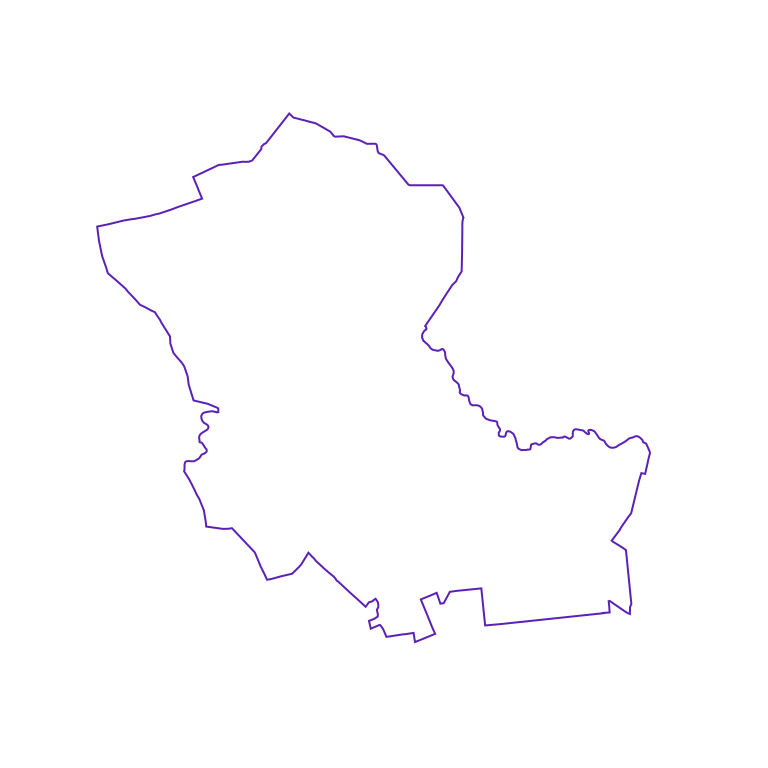 outline of Neretas pag., Neretas, Latvia, rotated 165°
{"feature_id": "27541924B20446545182610", "entity_name": "Neretas pag.", "entity_type": "district", "adm_level": 2, "iso_a3": "LVA", "parent_name": "Latvia", "parent_adm1": "Neretas", "projection": "albers", "projection_center": [25.295, 56.219], "detail": "fine", "context": "isolated", "style": "outline", "palette": "violet", "viewbox_px": 768, "rotation_deg": 165, "n_neighbors": 0, "source": "geoboundaries", "source_scale": "gbopen_adm2", "svg_char_len": 6164}
<svg xmlns="http://www.w3.org/2000/svg" viewBox="0 0 768 768"><g transform="rotate(165 384 384)"><path d="M599.7,351.5L596.8,342.1L595.0,333.8L593.4,325.1L592.2,320.9L590.7,308.6L591.8,297.3L592.6,292.3L577.0,285.7L571.5,284.4L568.2,284.1L552.4,254.8L551.4,247.8L550.4,240.0L548.7,231.4L547.6,225.2L543.4,224.8L533.5,224.9L521.9,224.5L512.4,229.9L510.2,231.5L500.7,240.6L497.8,235.2L497.1,234.3L495.4,230.5L492.1,225.3L491.7,224.5L490.7,223.3L490.5,222.5L486.3,216.4L482.5,211.1L481.3,208.7L480.6,206.4L478.9,204.4L478.6,203.7L470.1,190.2L466.8,185.2L459.4,173.6L455.1,177.0L454.3,177.1L452.9,177.0L450.5,177.5L449.7,178.1L447.7,178.7L446.4,174.8L446.4,174.0L447.1,170.2L447.4,169.8L449.4,167.6L449.5,163.3L450.2,161.2L450.5,160.9L454.6,159.6L459.8,159.1L460.1,151.1L450.8,152.4L450.4,152.3L450.1,152.1L448.7,148.9L448.2,147.1L447.1,139.1L429.8,137.2L429.6,137.0L419.9,135.9L420.8,126.7L399.3,129.4L400.4,136.4L402.1,150.3L404.2,166.4L392.2,167.9L387.2,168.7L386.7,162.1L386.4,157.2L383.0,156.9L374.2,166.2L367.5,165.4L342.9,161.4L348.8,124.6L334.0,122.0L231.3,105.8L231.4,106.1L225.2,104.9L223.9,111.5L223.2,116.1L222.2,116.1L209.9,101.7L207.6,99.4L206.0,98.2L204.8,102.4L204.0,105.0L202.0,107.5L193.3,160.9L195.5,163.7L203.5,172.2L204.6,173.8L193.6,182.4L193.6,182.7L191.1,185.0L182.4,192.4L178.7,195.2L162.7,224.5L158.5,231.3L155.0,229.6L148.0,243.0L144.9,248.6L144.9,250.5L145.5,254.4L146.0,257.1L146.1,258.2L146.4,258.8L147.3,259.5L148.6,260.6L148.7,261.3L149.0,263.2L150.3,265.5L151.6,267.1L152.9,268.0L153.8,268.3L155.0,268.4L157.8,267.9L159.5,268.1L160.8,268.1L166.3,265.9L170.0,264.9L173.3,264.2L174.2,263.7L176.1,263.1L178.3,263.0L179.6,263.2L181.6,263.9L182.8,265.0L183.5,265.8L185.0,268.4L185.3,269.3L185.7,271.1L185.9,271.8L186.3,272.4L188.0,273.7L188.8,274.3L189.3,274.7L189.8,275.4L190.4,276.6L191.0,278.6L192.7,283.2L193.0,283.8L195.2,285.7L196.6,286.3L198.0,286.5L198.5,286.3L198.8,285.7L198.8,284.6L198.7,283.3L199.0,282.7L199.5,282.6L200.3,283.0L200.8,283.4L202.5,285.7L203.3,287.1L203.7,287.5L207.7,289.5L210.4,290.7L211.1,290.7L212.5,290.4L213.4,289.6L213.9,288.9L214.2,288.3L215.0,285.2L215.2,284.8L215.7,284.3L216.4,283.9L218.1,283.1L218.7,283.1L219.4,283.3L221.9,285.7L223.0,286.4L223.7,286.6L224.2,286.5L225.0,286.0L225.7,286.1L225.9,286.3L229.1,286.7L230.8,287.3L231.4,287.4L232.3,288.1L233.9,288.7L235.6,289.2L237.2,289.4L241.1,288.5L242.2,287.6L246.1,286.3L247.7,285.3L249.2,285.0L249.7,285.1L250.7,285.5L251.1,285.8L252.1,287.1L252.9,287.4L253.8,287.6L256.9,287.6L257.6,287.3L257.9,286.7L259.1,283.9L259.6,283.2L260.4,283.0L262.3,283.5L263.8,283.5L268.5,284.6L270.6,286.5L270.9,286.9L271.4,288.1L271.4,288.9L271.1,292.5L271.2,295.7L271.1,297.8L271.6,300.4L271.7,301.4L272.0,302.2L272.6,303.2L274.4,305.3L275.8,306.1L276.4,306.3L277.6,306.3L278.0,306.0L279.1,304.6L279.9,302.8L280.5,302.3L281.3,302.0L281.7,302.0L285.0,303.1L285.6,303.5L286.1,304.1L286.3,304.4L286.3,305.0L286.1,306.0L285.8,307.3L284.9,308.0L283.9,309.1L283.7,310.1L283.7,310.5L284.9,314.6L285.0,315.2L284.9,315.7L284.6,317.3L284.7,318.2L285.3,318.8L286.5,319.5L290.3,321.2L291.5,321.9L294.0,323.7L294.5,324.1L296.2,327.6L296.4,328.2L296.2,329.1L295.9,330.1L295.7,331.5L295.8,332.8L295.6,334.7L296.5,336.7L297.4,338.0L298.3,338.6L300.2,339.6L303.7,340.4L305.4,341.7L305.6,342.1L306.0,344.8L306.0,346.6L305.7,349.0L305.7,349.7L306.1,350.9L307.0,351.6L309.0,352.0L310.1,352.6L312.1,354.2L313.0,355.7L313.1,356.2L312.2,358.1L312.1,359.4L312.2,360.4L312.0,364.2L312.3,365.1L313.4,366.9L315.5,369.7L315.9,370.9L316.0,371.4L316.0,372.5L315.8,373.6L314.3,375.8L313.6,377.2L313.4,378.3L313.4,379.9L314.0,382.2L316.2,387.8L317.4,391.4L317.6,392.3L317.6,393.6L317.5,395.6L317.0,397.6L316.9,398.8L317.0,399.8L317.6,401.7L318.2,402.5L318.7,402.8L319.2,402.8L320.7,402.3L321.5,402.1L322.5,402.1L323.6,402.2L327.2,404.0L328.3,404.7L329.3,405.8L329.7,406.4L330.8,409.4L332.1,411.7L333.1,413.0L334.2,414.9L334.7,415.3L335.0,417.2L335.0,417.9L335.2,419.1L334.9,419.6L334.7,420.8L334.1,422.2L331.5,424.8L329.8,425.6L329.4,426.0L329.2,425.8L328.7,426.3L328.6,427.3L328.7,428.4L329.3,429.3L310.0,445.8L306.4,449.4L301.3,454.1L292.4,462.0L287.7,464.6L284.6,468.4L279.9,472.6L275.2,488.5L267.6,515.6L267.5,516.3L266.3,520.2L264.5,524.1L264.2,524.2L265.6,534.8L275.3,559.8L275.7,560.6L276.7,561.0L307.2,569.2L308.1,569.6L309.0,570.6L324.5,604.4L325.2,605.3L329.0,608.1L329.4,608.7L329.8,610.5L329.8,611.0L329.2,616.3L329.2,616.9L329.4,617.5L329.8,618.0L330.4,618.4L338.3,620.4L343.8,625.2L344.8,625.9L358.8,633.7L367.0,635.5L368.0,636.1L368.5,637.1L370.1,640.7L370.6,641.7L382.4,653.4L402.5,664.8L402.7,665.0L405.5,669.8L435.4,647.3L437.4,646.8L438.1,646.7L438.9,646.1L440.8,645.1L441.1,644.6L441.6,642.9L442.0,642.5L453.2,634.2L453.6,634.0L457.3,633.7L463.2,635.3L483.9,637.8L486.8,638.4L514.8,633.3L513.1,621.3L513.0,619.8L511.7,610.1L537.3,608.3L543.7,607.6L556.8,606.8L560.4,607.0L567.1,606.9L581.5,608.0L585.9,608.6L593.3,609.3L608.5,609.6L620.3,610.3L621.8,599.4L621.9,598.0L622.2,596.7L623.0,583.3L623.1,579.6L622.2,568.0L622.1,562.6L621.0,560.9L615.5,552.9L609.0,543.0L607.1,538.7L605.8,536.5L601.5,528.4L599.2,523.7L595.3,520.4L589.1,514.6L586.7,512.7L585.7,509.3L583.8,504.1L583.1,500.6L578.4,485.4L579.9,478.2L579.4,468.6L577.1,463.5L575.0,459.4L573.5,456.1L572.5,453.0L572.3,451.3L571.7,442.0L572.8,434.1L572.2,417.4L559.4,410.5L550.7,403.8L550.5,402.9L551.2,400.4L551.3,399.7L552.7,399.8L553.7,400.6L554.5,400.8L555.4,401.4L556.5,402.0L558.3,402.4L562.9,402.9L565.3,402.9L566.3,402.7L567.5,401.9L568.6,400.7L568.9,400.0L569.3,397.6L569.0,395.4L568.6,394.5L567.9,393.0L565.8,391.0L564.8,389.4L564.6,388.4L564.7,387.9L565.0,387.2L565.8,386.2L566.4,385.7L572.4,383.9L574.0,383.2L575.1,382.4L575.7,381.6L576.4,380.4L576.7,378.6L576.6,377.6L577.0,376.9L577.1,376.3L577.2,375.7L576.9,375.3L575.9,374.9L575.1,374.3L573.9,371.0L573.6,369.6L572.4,366.8L572.4,366.1L572.6,365.1L573.0,364.5L573.6,364.1L575.2,363.5L576.1,363.3L577.4,363.2L578.4,362.9L579.3,362.3L581.1,360.5L581.7,360.1L585.3,359.0L587.3,358.6L588.6,358.8L591.0,359.5L592.3,360.1L594.9,360.5L595.6,360.3L596.4,359.8L597.5,357.8L598.8,353.1L599.2,352.2L599.7,351.5Z" fill="none" stroke="#5b21b6" stroke-width="2"/></g></svg>